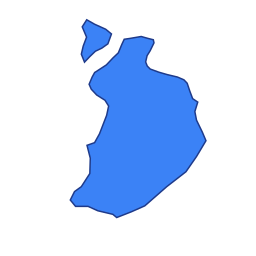 the border of Sarajevo-romanija, rotated 110°
{"feature_id": "BIH-4806", "entity_name": "Sarajevo-romanija", "entity_type": "state/province", "adm_level": 1, "iso_a3": "BIH", "parent_name": "Bosnia and Herzegovina", "parent_adm1": "", "projection": "orthographic", "projection_center": [18.669, 43.854], "detail": "fine", "context": "isolated", "style": "filled", "palette": "blue", "viewbox_px": 256, "rotation_deg": 110, "n_neighbors": 0, "source": "natural_earth", "source_scale": "10m", "svg_char_len": 962}
<svg xmlns="http://www.w3.org/2000/svg" viewBox="0 0 256 256"><g transform="rotate(110 128 128)"><path d="M82.0,71.2L89.7,70.8L97.2,66.3L106.5,56.7L113.3,50.4L131.5,53.9L149.3,58.6L169.8,71.5L195.4,85.6L205.6,96.2L216.0,108.0L214.3,112.7L216.1,128.1L215.3,138.7L219.6,150.5L215.4,157.6L206.0,156.5L199.1,151.8L183.8,148.3L169.3,153.1L158.3,160.6L153.2,154.4L143.3,152.8L123.4,152.4L114.0,153.7L109.8,159.1L107.7,168.7L104.1,175.8L100.2,179.5L92.3,179.1L87.2,178.3L86.5,177.7L76.1,169.9L67.3,166.1L60.7,162.8L51.6,162.4L45.9,161.9L43.2,156.9L37.5,146.9L37.0,140.2L36.4,134.4L39.1,132.7L47.8,133.6L53.5,134.8L59.9,134.0L63.2,131.1L65.0,127.3L65.0,118.2L64.4,109.4L63.2,99.0L63.6,91.9L65.7,87.7L72.0,82.7L78.3,77.3L79.8,71.3L82.0,71.2ZM40.4,203.8L41.9,194.9L42.8,182.8L45.3,175.7L51.6,175.7L55.8,175.7L61.9,179.9L67.0,184.9L73.9,188.3L81.0,191.4L74.6,197.1L66.4,198.1L56.8,198.0L48.6,205.6L40.4,203.8Z" fill="#3b82f6" stroke="#1e3a8a" stroke-width="1.5"/></g></svg>